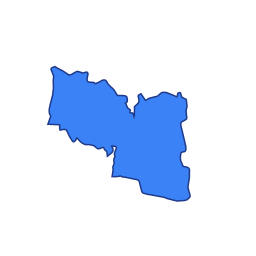 Ha Giang, Hà Giang, Vietnam, rotated 236°
{"feature_id": "81297802B3651989276752", "entity_name": "Ha Giang", "entity_type": "district", "adm_level": 2, "iso_a3": "VNM", "parent_name": "Vietnam", "parent_adm1": "Hà Giang", "projection": "natural_earth1", "projection_center": [104.979, 22.815], "detail": "fine", "context": "isolated", "style": "filled", "palette": "blue", "viewbox_px": 256, "rotation_deg": 236, "n_neighbors": 0, "source": "geoboundaries", "source_scale": "gbopen_adm2", "svg_char_len": 3312}
<svg xmlns="http://www.w3.org/2000/svg" viewBox="0 0 256 256"><g transform="rotate(236 128 128)"><path d="M219.7,101.9L220.4,99.3L220.5,98.4L220.2,97.5L219.6,96.9L216.0,96.2L212.7,95.4L208.6,92.2L202.6,88.4L197.5,84.0L195.3,81.5L190.5,76.1L187.7,73.3L186.4,72.3L184.0,71.0L180.9,70.5L178.6,67.3L175.9,63.7L169.3,72.6L168.7,73.1L167.6,72.3L165.6,70.9L164.8,70.7L164.3,70.5L163.9,71.0L163.8,71.9L163.4,72.7L162.6,74.1L162.4,74.6L160.9,75.8L160.6,75.8L157.7,75.4L154.9,74.9L152.7,74.7L148.7,74.6L147.4,74.8L146.9,75.2L146.8,76.0L147.0,77.4L147.3,78.3L148.2,79.4L148.3,79.9L148.0,80.2L146.4,80.5L144.1,80.7L141.5,81.4L139.2,82.6L137.9,83.6L136.4,86.0L133.3,89.2L132.2,89.8L131.2,90.3L129.6,90.6L128.3,91.1L127.8,91.3L127.1,92.2L126.7,93.1L126.3,95.4L126.0,96.1L125.5,96.7L124.9,96.8L124.0,96.6L122.8,96.5L121.8,96.8L120.8,97.1L119.9,97.1L118.8,96.5L116.1,95.1L116.2,96.6L116.5,100.3L116.8,101.3L117.2,102.5L118.9,103.8L119.8,104.2L120.3,104.2L121.5,104.1L122.2,104.5L121.2,105.6L120.4,106.6L119.8,107.3L119.2,107.5L118.6,107.5L117.4,106.7L116.2,104.8L114.9,102.9L114.0,102.2L111.6,101.1L110.5,99.4L109.4,98.3L108.1,97.6L106.2,96.6L104.4,93.9L104.0,93.6L103.2,93.1L101.6,92.2L99.5,90.3L96.6,87.6L95.7,88.8L94.1,91.3L92.1,95.3L90.7,95.8L89.4,97.5L79.9,106.8L78.5,107.4L77.6,107.5L68.0,104.0L66.8,103.9L65.8,104.0L62.1,107.1L59.5,109.9L51.8,117.7L50.1,119.4L47.8,120.9L42.7,125.4L39.9,128.0L38.4,130.7L36.3,134.3L35.5,136.9L35.9,140.0L36.4,141.0L37.5,141.8L39.8,142.6L42.5,143.4L45.4,144.6L47.8,146.7L52.5,151.1L56.3,153.7L59.2,155.8L60.3,155.9L61.1,155.8L61.7,155.5L62.7,154.8L65.4,152.3L71.5,153.4L75.0,155.4L77.5,157.7L77.7,158.6L77.7,159.5L77.3,160.6L76.8,161.6L76.8,162.4L77.1,163.2L77.9,164.0L80.4,165.6L92.2,170.1L95.8,171.5L98.5,172.4L101.7,173.8L102.9,175.3L103.1,176.3L102.7,178.8L102.7,180.9L102.9,181.8L103.7,182.5L106.6,184.0L108.9,185.3L110.6,186.5L112.7,188.8L113.8,189.5L115.0,190.1L119.1,192.3L120.8,191.3L123.1,190.1L124.3,190.1L126.8,190.8L127.6,191.1L128.0,191.0L128.6,190.5L128.8,189.8L128.8,188.5L126.9,186.7L126.6,186.0L126.8,185.7L128.8,184.5L132.6,182.0L136.0,179.6L137.8,177.3L138.2,176.4L138.4,175.5L138.4,174.4L137.9,170.5L138.3,169.2L139.7,165.3L140.6,162.8L140.9,161.3L141.0,158.7L141.2,157.9L149.1,157.9L149.2,157.2L149.3,156.1L149.3,155.1L148.9,154.4L148.1,153.9L146.1,153.3L143.8,151.8L143.2,151.0L142.4,148.2L142.2,145.9L141.7,145.0L140.1,144.0L137.3,142.0L135.3,140.6L134.1,139.4L136.5,140.0L137.3,140.3L137.9,140.2L138.5,139.3L139.2,138.5L139.8,138.3L140.4,138.5L140.9,139.3L141.3,139.9L141.7,140.0L142.4,139.8L144.5,139.0L145.0,138.9L146.2,139.2L148.3,139.6L149.4,139.8L150.1,139.7L150.0,141.2L150.4,142.2L152.3,143.6L154.6,144.4L155.8,144.0L157.6,142.1L159.9,138.8L160.9,137.5L163.2,137.5L166.4,137.7L168.4,137.6L171.6,136.8L174.1,136.3L176.2,136.0L177.7,136.3L179.0,136.3L180.6,135.8L181.5,134.6L182.0,133.0L182.2,129.8L182.8,126.4L183.3,125.6L183.7,125.5L184.5,125.4L185.0,124.9L185.5,124.3L187.2,122.1L188.0,121.2L188.9,120.6L189.7,120.6L190.6,120.8L192.2,122.1L193.7,123.6L194.8,124.7L195.6,125.3L196.1,125.3L196.9,125.4L197.9,124.4L198.4,122.1L199.3,120.9L200.6,120.0L202.9,118.1L203.6,116.8L203.8,114.4L204.0,111.3L204.7,109.1L205.2,108.4L206.8,108.0L212.1,105.7L216.6,103.2L218.8,102.2L219.0,102.1L219.7,101.9Z" fill="#3b82f6" stroke="#1e3a8a" stroke-width="1.5"/></g></svg>